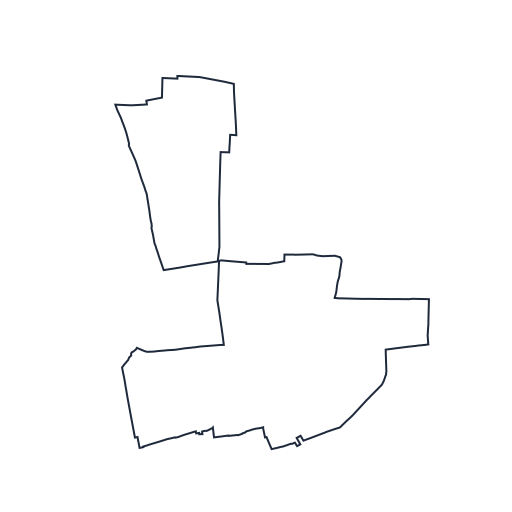 Santa Lucía del Camino, Oaxaca, Mexico, rotated 257°
{"feature_id": "50627088B1841246118365", "entity_name": "Santa Lucía del Camino", "entity_type": "district", "adm_level": 2, "iso_a3": "MEX", "parent_name": "Mexico", "parent_adm1": "Oaxaca", "projection": "albers", "projection_center": [-96.693, 17.063], "detail": "fine", "context": "isolated", "style": "outline", "palette": "slate", "viewbox_px": 512, "rotation_deg": 257, "n_neighbors": 0, "source": "geoboundaries", "source_scale": "gbopen_adm2", "svg_char_len": 4872}
<svg xmlns="http://www.w3.org/2000/svg" viewBox="0 0 512 512"><g transform="rotate(257 256 256)"><path d="M251.0,284.1L247.0,283.0L245.0,282.5L244.5,282.4L244.6,281.3L244.6,280.4L244.7,277.6L244.9,274.2L245.2,272.6L245.2,270.7L245.3,266.4L245.4,266.1L246.4,262.3L246.7,260.9L248.7,252.6L250.5,244.8L251.9,245.0L253.6,239.6L256.6,230.2L259.6,221.0L259.5,218.9L248.5,215.9L234.1,211.9L221.6,208.4L208.2,207.5L207.3,207.4L206.5,207.3L206.2,207.3L198.0,206.6L194.9,206.4L192.6,206.2L182.6,205.3L180.4,205.0L178.8,204.9L176.6,204.6L177.2,202.1L177.8,198.1L179.6,186.1L180.1,183.0L180.5,179.8L180.8,175.7L181.1,173.9L181.4,170.9L182.1,165.4L182.4,161.5L182.6,158.6L182.8,156.6L183.1,154.2L183.6,151.5L184.1,148.7L184.3,146.9L185.4,139.3L185.8,135.3L186.6,131.0L187.0,128.9L187.6,127.4L188.6,125.7L193.0,119.6L193.3,119.3L192.5,118.5L191.7,117.6L191.0,115.9L190.4,114.8L190.1,113.2L189.1,112.4L187.1,112.0L186.6,111.3L186.4,111.0L185.8,109.7L183.4,108.0L182.7,107.0L181.2,105.0L180.2,103.6L177.5,100.4L176.9,100.4L171.8,100.2L169.2,100.2L166.9,100.1L166.6,100.1L165.0,100.0L162.6,99.9L161.1,99.8L160.1,99.7L159.8,99.7L158.5,99.6L157.2,99.5L156.9,99.5L156.1,99.5L154.6,99.4L146.3,98.9L132.8,98.3L123.7,97.9L116.1,97.6L106.3,97.2L106.3,98.9L106.3,99.2L106.3,99.8L105.9,99.8L95.5,99.4L95.2,99.4L95.1,101.5L95.1,102.6L95.1,103.2L95.7,103.2L95.8,104.7L96.0,108.0L96.1,108.4L96.4,112.4L96.4,112.5L96.7,117.3L97.0,121.7L97.4,126.6L97.5,127.0L97.5,136.3L97.1,136.6L97.1,139.4L97.2,140.1L97.9,145.8L98.2,150.1L98.2,150.3L98.4,153.0L98.4,153.3L98.5,154.4L98.7,157.9L96.6,157.8L96.4,160.8L95.1,160.6L94.5,163.7L95.0,163.8L95.7,163.8L96.8,163.9L97.1,164.0L97.2,166.6L96.7,168.8L96.7,169.0L96.8,169.2L97.6,172.6L97.9,173.8L98.1,174.7L98.6,175.4L94.2,174.9L92.8,174.7L92.1,174.7L90.6,174.5L88.7,174.3L88.2,179.2L87.8,183.1L87.3,188.7L86.9,188.7L85.8,197.4L85.7,197.6L85.4,198.4L85.9,202.9L86.3,203.1L86.5,206.1L86.8,206.3L87.1,206.5L87.3,207.3L87.5,211.6L87.5,211.8L87.7,212.2L87.8,216.6L87.8,217.0L87.5,220.2L87.5,220.5L87.4,220.9L87.5,224.4L86.9,224.2L83.6,224.1L83.2,224.1L77.2,224.0L77.2,225.5L70.9,226.6L64.3,227.8L64.3,231.0L64.3,233.8L64.4,238.0L64.3,238.8L64.3,239.8L64.6,241.9L64.6,242.5L65.0,245.8L65.2,247.7L64.9,248.5L65.0,249.4L65.4,251.9L61.5,253.3L62.5,256.8L69.6,254.7L70.8,259.0L65.4,260.7L65.7,262.8L66.0,265.0L66.0,265.3L66.4,268.5L66.7,270.6L67.1,273.6L67.5,276.4L67.9,279.4L68.2,281.5L68.2,281.9L68.7,284.8L68.8,285.5L68.9,286.2L69.9,296.6L69.9,298.0L70.1,299.2L71.1,301.0L71.7,301.8L72.9,303.9L75.0,307.3L76.6,310.3L76.7,310.5L79.2,314.6L82.0,318.7L87.2,326.3L88.9,328.8L90.5,331.1L92.5,334.4L93.1,335.2L98.0,343.0L101.5,348.5L102.3,349.7L105.1,352.1L108.2,354.1L109.8,355.0L110.9,355.9L112.7,356.5L114.3,357.1L125.1,359.2L129.2,360.0L135.6,361.3L133.5,382.7L132.4,391.8L132.3,393.6L131.9,396.5L131.3,401.2L131.1,404.0L131.3,404.0L139.5,405.3L139.9,405.3L141.0,405.7L148.5,407.9L149.4,408.2L149.9,408.4L153.6,409.3L159.9,410.9L175.0,414.8L175.3,413.8L179.1,398.7L179.4,396.3L179.5,395.4L181.7,386.3L182.0,385.0L184.3,375.2L186.0,368.3L186.2,367.2L188.2,359.0L189.9,351.6L191.9,343.6L195.2,331.0L196.0,327.6L196.7,325.4L197.0,324.6L197.4,323.2L198.0,323.4L200.3,324.8L202.9,326.1L204.7,326.8L209.2,328.4L213.1,330.1L216.2,332.0L218.6,333.1L221.2,333.8L226.7,336.2L231.9,338.3L232.9,338.4L233.6,338.3L235.9,337.6L238.5,332.9L238.9,330.8L239.4,328.3L240.2,324.0L240.8,321.0L241.7,318.4L242.7,315.6L244.8,312.0L245.9,306.8L246.5,303.7L247.8,297.5L248.2,295.5L248.4,294.6L248.5,294.2L248.9,293.0L250.3,286.8L250.7,285.3L251.0,284.1ZM435.1,153.0L434.2,153.1L433.9,153.1L431.9,153.4L430.2,153.5L426.8,154.2L421.7,155.3L420.8,155.5L420.5,155.5L416.4,156.0L414.0,156.4L409.2,157.0L406.7,157.2L405.5,157.3L403.4,157.4L402.6,157.4L400.6,157.5L393.7,157.6L392.8,157.1L392.1,156.9L388.5,157.6L386.0,158.1L384.1,158.5L379.9,159.3L375.6,160.1L370.0,160.6L369.0,160.7L367.3,160.8L364.7,161.1L362.9,161.2L356.6,161.7L355.8,161.8L348.0,162.8L346.1,162.9L344.0,163.1L342.0,163.4L340.2,163.4L324.2,162.3L318.2,161.7L313.8,161.4L311.0,161.5L307.9,161.0L307.4,160.6L306.4,160.4L303.2,160.4L299.5,160.4L296.2,160.2L293.9,160.1L291.7,160.0L290.5,160.0L288.7,160.4L285.4,160.6L284.6,160.7L281.8,161.0L276.7,161.4L271.4,162.0L264.6,162.7L263.0,162.9L261.8,179.9L261.5,186.7L261.5,186.8L259.7,212.6L259.3,217.4L264.9,219.5L273.0,222.4L307.7,230.2L308.3,230.3L308.6,230.4L316.8,232.2L354.8,242.1L365.2,244.9L363.7,250.6L363.0,253.2L369.4,255.0L370.1,255.3L379.6,258.0L379.9,258.1L378.6,262.5L378.1,264.0L386.1,265.5L387.7,265.8L389.9,266.2L392.8,266.7L394.7,267.0L397.7,267.5L398.7,267.7L401.8,268.2L403.2,268.4L405.3,268.8L415.3,270.5L420.4,271.4L420.9,271.5L428.7,273.1L432.1,266.1L432.6,265.1L443.0,241.4L449.1,219.9L446.5,219.3L450.5,204.9L431.5,200.0L431.9,188.2L432.0,184.1L430.6,184.0L428.2,183.8L429.9,173.8L430.9,168.3L435.1,153.0Z" fill="none" stroke="#1e293b" stroke-width="2"/></g></svg>